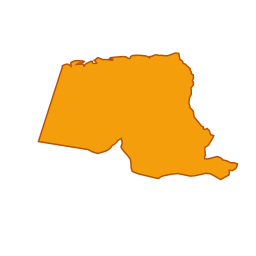 map outline of Tanga (Natural Earth projection), rotated 248°
{"feature_id": "TZA-3395", "entity_name": "Tanga", "entity_type": "Region", "adm_level": 1, "iso_a3": "TZA", "parent_name": "United Republic of Tanzania", "parent_adm1": "", "projection": "natural_earth1", "projection_center": [38.386, -5.115], "detail": "fine", "context": "isolated", "style": "filled", "palette": "amber", "viewbox_px": 256, "rotation_deg": 248, "n_neighbors": 0, "source": "natural_earth", "source_scale": "10m", "svg_char_len": 2340}
<svg xmlns="http://www.w3.org/2000/svg" viewBox="0 0 256 256"><g transform="rotate(248 128 128)"><path d="M149.0,39.9L149.5,40.3L156.0,45.7L162.6,51.2L169.1,56.6L175.6,62.0L182.1,67.5L188.7,72.9L195.2,78.4L201.7,83.8L208.2,89.2L208.7,89.8L210.1,90.2L210.5,92.7L210.1,95.6L208.7,97.1L206.6,98.3L208.3,99.1L209.5,99.2L210.1,99.7L210.3,101.6L210.2,103.5L209.9,105.1L209.4,106.5L207.0,111.3L206.0,112.3L205.6,111.0L205.8,109.3L206.3,107.6L206.6,105.9L206.1,104.3L204.7,108.9L203.6,110.5L201.9,110.4L203.2,112.8L203.4,113.6L203.7,118.7L203.5,119.6L203.0,119.9L201.8,119.5L201.1,119.8L200.8,120.3L200.1,122.0L199.9,123.2L201.0,123.1L203.5,122.0L203.5,123.3L204.4,125.4L204.5,126.3L204.2,126.9L201.3,129.8L200.8,130.6L199.3,134.3L196.9,138.3L196.7,139.0L197.3,139.6L198.1,138.9L199.3,137.1L199.8,138.2L196.4,149.3L195.6,151.3L194.6,152.9L193.7,153.5L192.9,154.0L192.2,154.7L191.9,155.9L192.3,156.7L192.9,157.0L193.4,157.6L193.5,159.0L192.5,162.5L190.3,167.7L187.6,172.3L185.1,174.2L186.2,174.7L185.6,176.6L185.6,180.7L184.8,182.3L183.9,183.7L182.5,187.0L180.8,190.0L180.2,191.9L180.0,194.0L179.9,199.7L179.6,200.5L179.1,201.1L178.7,201.9L178.4,202.7L178.3,203.0L171.9,201.8L170.7,203.0L169.2,203.6L168.1,203.3L167.1,203.5L165.7,205.1L164.0,205.7L159.6,207.9L158.6,207.3L157.5,207.6L156.0,207.6L154.6,207.0L153.8,207.6L153.0,208.4L150.5,207.8L149.2,206.9L148.0,205.5L145.6,205.7L143.5,204.7L141.5,201.4L138.2,200.4L135.4,199.2L133.2,196.5L128.4,193.8L123.0,193.2L121.0,194.3L118.8,194.8L113.6,193.4L102.0,197.0L100.8,198.3L99.0,197.6L97.8,198.8L97.9,201.2L94.9,202.4L90.9,202.1L88.8,204.6L86.9,202.7L82.0,196.2L81.1,192.1L78.5,190.8L77.2,190.7L75.9,189.9L74.7,190.0L73.7,189.6L73.5,189.0L73.1,188.6L70.7,187.7L69.5,190.0L68.1,200.2L65.7,202.7L62.9,204.0L60.5,207.4L57.3,210.2L55.7,213.8L53.7,216.1L51.7,214.6L49.9,212.5L49.9,211.6L49.7,211.0L49.4,208.7L50.9,206.1L48.9,205.3L46.6,204.0L45.5,194.6L54.5,187.5L56.9,182.9L58.6,172.5L60.0,167.8L67.0,157.3L68.8,151.4L70.4,142.9L70.5,140.3L69.9,138.0L70.5,136.0L81.8,120.2L86.0,115.8L89.8,115.9L93.5,117.3L98.1,118.5L102.8,117.3L106.6,115.8L111.8,114.5L113.1,114.4L115.1,116.1L117.3,117.5L120.9,117.7L120.3,114.3L119.0,112.0L118.1,109.6L117.6,106.7L116.1,104.3L115.0,100.6L115.1,96.3L115.7,90.4L119.5,85.8L122.9,83.0L149.0,39.9L149.0,39.9Z" fill="#f59e0b" stroke="#b45309" stroke-width="1.5"/></g></svg>